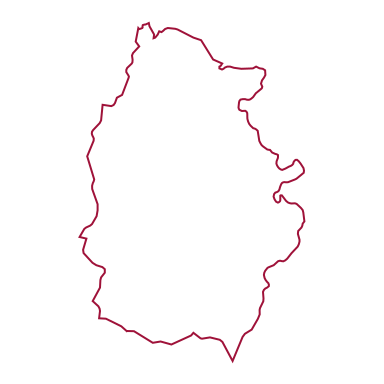 SVG path tracing the border of Lugo
{"feature_id": "ESP-5832", "entity_name": "Lugo", "entity_type": "Autonomous Community", "adm_level": 1, "iso_a3": "ESP", "parent_name": "Spain", "parent_adm1": "", "projection": "robinson", "projection_center": [-7.286, 43.039], "detail": "fine", "context": "isolated", "style": "outline", "palette": "rose", "viewbox_px": 384, "rotation_deg": 0, "n_neighbors": 0, "source": "natural_earth", "source_scale": "10m", "svg_char_len": 3213}
<svg xmlns="http://www.w3.org/2000/svg" viewBox="0 0 384 384"><path d="M138.3,28.1L139.1,29.1L140.6,28.7L142.3,28.0L142.6,27.4L142.5,26.2L142.8,25.1L144.3,24.6L145.6,24.5L148.8,23.0L149.5,26.3L154.1,34.5L153.6,38.2L155.2,37.6L157.7,34.6L159.2,31.3L161.5,32.1L163.2,30.8L165.1,29.0L167.8,28.0L175.3,28.8L177.6,29.5L193.4,37.6L201.1,40.2L213.1,59.5L222.2,63.5L221.5,64.5L221.1,65.3L220.6,65.9L219.4,66.6L219.4,68.4L222.0,69.5L223.5,68.8L225.0,67.5L227.3,66.6L230.1,66.6L234.0,67.8L241.3,68.8L252.9,68.4L256.1,66.6L259.5,68.3L262.8,68.8L265.1,70.3L265.4,75.0L264.0,77.6L262.0,80.4L261.0,83.7L262.3,86.7L261.9,88.1L261.6,88.5L255.8,93.3L253.1,97.1L251.2,98.7L249.7,99.6L248.4,99.8L246.9,99.7L245.0,99.1L242.9,99.1L240.5,99.6L239.4,101.0L239.0,102.6L238.5,107.5L238.8,108.7L239.4,109.8L241.9,111.0L245.2,110.8L246.4,111.6L247.2,113.0L247.3,114.8L247.3,116.7L247.4,118.8L248.1,121.5L249.2,123.9L250.6,125.7L253.2,128.2L254.8,128.6L256.3,129.5L257.7,130.8L259.3,140.9L260.5,143.3L261.6,145.1L263.0,146.4L267.3,149.5L268.8,149.8L270.0,149.9L272.1,152.5L275.2,153.9L276.8,154.3L278.0,155.1L278.0,156.4L277.9,157.9L276.6,161.3L276.4,163.6L277.0,165.3L278.0,167.0L279.2,168.4L280.7,169.4L282.2,169.9L285.4,168.6L289.0,166.6L290.8,165.9L292.2,165.0L293.2,163.8L293.5,162.3L294.4,160.9L295.5,159.9L297.0,159.8L298.7,161.2L300.6,163.6L303.5,168.1L304.0,170.7L303.7,172.8L296.5,178.7L294.9,179.5L288.0,182.2L286.2,182.3L284.3,182.1L283.0,182.4L281.9,183.1L281.2,184.2L280.6,185.6L280.0,187.2L279.4,189.5L278.4,191.2L276.9,192.1L275.3,192.6L274.1,194.1L273.6,196.7L274.6,199.4L276.1,201.7L277.9,202.6L278.7,202.3L279.5,201.7L279.9,201.3L280.1,200.9L280.3,200.1L280.3,195.6L280.8,195.3L281.9,195.4L285.9,200.7L286.4,201.2L288.0,202.5L289.5,203.1L291.3,203.5L294.9,203.3L296.6,203.9L301.0,208.0L302.7,210.1L303.3,212.5L304.4,221.4L302.7,223.6L302.3,225.7L301.5,227.5L298.2,231.0L297.9,233.9L299.5,239.7L299.5,241.6L298.8,244.3L297.7,246.6L291.5,253.2L287.2,258.7L285.2,260.4L283.3,261.3L281.6,261.1L280.0,260.7L278.1,261.2L273.7,265.2L268.3,267.4L267.4,268.0L265.2,270.8L264.3,272.7L263.9,274.9L264.6,278.0L265.7,280.1L267.0,281.8L268.3,283.1L268.9,284.7L268.8,286.2L267.1,287.6L265.3,288.5L263.9,289.9L263.0,291.9L263.5,298.5L263.3,301.3L260.0,308.1L259.6,310.0L259.7,314.4L257.9,318.8L251.7,329.6L244.9,333.8L242.6,336.9L232.6,361.0L222.4,341.9L219.8,339.8L210.0,337.4L202.0,338.7L200.5,338.3L193.4,332.8L191.1,335.5L171.4,344.5L160.6,341.5L152.8,342.8L134.0,331.2L127.1,331.0L126.8,331.2L121.3,326.3L105.9,318.7L99.1,318.3L100.0,311.0L99.6,308.7L98.4,306.3L92.7,301.1L100.0,287.6L100.4,280.0L101.1,277.4L104.8,272.7L104.8,269.2L102.4,267.1L96.3,265.2L92.5,262.8L83.6,253.1L83.1,249.8L86.4,238.6L79.6,237.0L84.3,228.9L86.1,227.5L90.2,225.6L92.0,224.1L96.6,216.2L97.6,210.3L97.6,204.2L92.2,189.0L92.1,185.8L92.8,183.2L93.7,181.3L94.2,179.4L87.2,156.3L93.6,140.8L93.8,138.6L93.2,137.1L92.4,135.6L91.8,133.8L92.0,131.8L93.0,130.2L99.7,123.1L101.1,120.4L102.6,104.8L111.3,106.1L113.6,105.0L115.0,103.0L116.9,97.7L122.1,94.9L128.6,77.8L128.9,76.6L128.5,75.6L126.3,72.1L126.3,69.9L127.2,67.9L131.7,63.6L132.4,62.4L132.6,59.8L132.0,55.5L133.0,53.1L139.2,46.4L135.7,41.6L138.3,28.1Z" fill="none" stroke="#9f1239" stroke-width="2"/></svg>